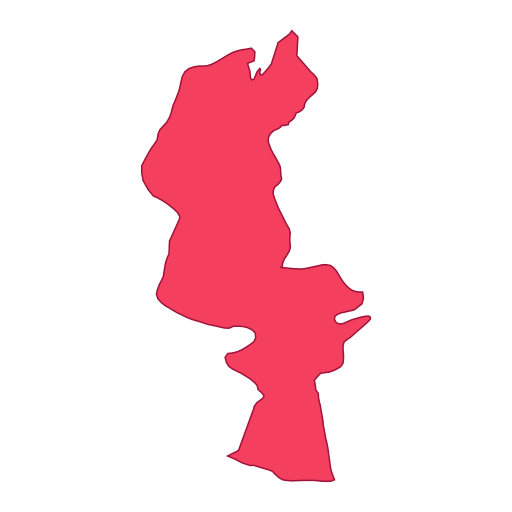 Kuhlan Afar, Hajjah, Yemen
{"feature_id": "15242507B42632084566957", "entity_name": "Kuhlan Afar", "entity_type": "district", "adm_level": 2, "iso_a3": "YEM", "parent_name": "Yemen", "parent_adm1": "Hajjah", "projection": "mercator", "projection_center": [43.707, 15.758], "detail": "fine", "context": "isolated", "style": "filled", "palette": "rose", "viewbox_px": 512, "rotation_deg": 0, "n_neighbors": 0, "source": "geoboundaries", "source_scale": "gbopen_adm2", "svg_char_len": 6020}
<svg xmlns="http://www.w3.org/2000/svg" viewBox="0 0 512 512"><path d="M146.1,157.3L144.1,161.1L141.7,165.7L141.7,172.6L143.0,180.4L148.2,189.7L153.4,196.0L154.3,196.4L157.7,197.9L162.0,200.3L166.4,203.1L170.4,206.1L171.5,207.1L174.0,209.1L177.4,212.4L179.7,216.3L179.9,217.5L178.9,220.3L169.5,241.1L169.0,253.9L167.6,256.9L167.0,258.2L165.9,261.8L165.6,262.8L164.8,267.2L164.0,271.8L163.3,276.6L161.3,280.8L159.1,285.0L157.4,289.8L157.0,291.4L156.4,294.2L157.9,298.8L161.4,302.7L165.1,305.6L169.3,308.0L173.2,310.4L177.1,312.7L181.8,314.9L182.6,315.3L186.2,317.1L186.6,317.3L191.0,319.1L195.5,320.5L200.4,321.9L204.9,323.4L209.4,324.8L210.3,324.8L224.4,328.0L229.1,328.2L233.2,326.3L238.0,326.2L242.8,326.5L247.5,327.6L251.8,329.7L255.2,332.9L255.5,335.7L255.8,337.4L254.0,341.6L250.4,344.4L245.8,347.4L241.7,349.9L237.1,351.8L232.4,353.0L227.8,353.5L225.3,357.1L225.1,357.4L226.4,362.5L228.8,366.3L232.7,369.1L236.8,371.2L241.3,373.3L242.4,374.0L245.7,376.1L249.9,378.7L253.8,381.9L257.0,385.1L258.1,389.6L262.0,393.0L264.0,395.9L263.2,397.9L256.5,403.0L255.5,404.6L254.0,406.8L254.0,407.9L238.5,450.5L229.0,455.3L227.6,456.0L230.7,457.3L234.5,458.9L238.4,460.9L242.4,463.0L246.1,464.2L250.1,465.5L254.2,465.4L258.3,466.8L268.6,469.8L272.4,471.3L275.1,474.2L277.5,476.3L278.9,477.6L282.7,479.8L286.2,480.4L286.6,480.4L291.0,480.8L295.3,480.7L299.6,480.5L304.0,480.4L308.3,480.4L312.9,480.3L317.3,480.7L321.6,481.2L326.1,481.3L330.2,481.2L330.9,481.2L334.5,479.8L334.4,479.6L333.0,475.9L331.6,472.1L330.6,468.3L330.0,464.1L329.5,460.1L328.8,455.5L328.3,451.3L327.7,447.3L326.8,442.7L325.9,439.2L325.7,438.3L325.0,434.2L324.2,430.0L323.4,425.7L323.0,421.6L322.4,417.6L321.6,413.3L320.9,409.5L320.8,408.9L320.3,405.6L319.5,402.5L319.4,402.2L319.2,401.5L318.5,397.3L318.3,393.4L315.8,389.9L315.3,385.1L314.3,380.3L317.8,376.2L320.0,373.9L320.7,373.2L324.9,372.7L329.2,372.1L333.2,370.7L337.1,368.9L340.6,366.7L343.0,363.3L343.5,359.1L343.5,354.8L343.1,350.5L343.0,346.5L343.9,342.3L344.6,341.6L347.1,339.5L350.4,337.3L353.5,334.6L357.0,331.4L360.3,328.6L363.8,325.5L368.9,320.9L370.3,319.1L370.3,317.1L370.1,317.0L368.8,316.1L365.7,316.2L360.7,317.2L351.1,320.0L344.4,323.0L341.5,323.9L338.2,323.6L336.6,322.7L336.1,322.4L334.6,319.8L334.6,318.3L334.6,316.8L336.9,314.7L340.5,313.0L346.1,311.8L349.1,311.1L353.9,310.0L355.3,309.1L356.4,308.2L358.6,306.5L362.0,303.8L363.5,298.2L362.6,292.0L359.8,292.1L355.8,291.6L351.5,290.1L348.3,287.5L345.5,284.8L345.1,284.3L342.9,281.5L340.6,278.1L339.6,276.3L338.4,274.3L336.4,271.0L333.7,267.8L330.5,265.5L326.3,264.7L324.1,264.7L322.2,264.8L317.6,265.9L312.5,267.0L308.4,267.9L303.8,268.8L299.9,269.0L299.1,269.0L295.8,268.8L293.9,268.7L291.3,268.5L281.1,267.4L281.8,266.8L282.2,266.1L282.5,265.0L282.5,264.1L282.6,263.6L282.7,263.0L282.9,262.6L283.1,261.8L283.4,261.6L283.6,260.7L283.9,260.2L284.0,259.7L284.3,259.1L284.4,258.7L284.7,258.3L285.0,258.0L285.2,257.6L285.6,257.3L285.8,256.8L286.3,256.2L286.6,255.8L286.7,255.4L286.9,255.0L287.2,254.5L287.4,254.1L287.8,253.6L288.1,253.3L288.3,252.7L288.6,252.3L289.0,251.7L289.2,250.9L289.4,250.5L289.7,250.0L289.8,249.6L289.9,249.0L290.1,248.6L290.1,248.1L290.3,247.5L290.3,247.0L290.3,246.3L290.3,245.8L290.2,245.0L290.2,244.2L290.0,243.3L290.0,242.6L289.9,242.0L289.8,241.3L289.8,240.8L289.8,239.9L289.8,239.5L289.8,239.4L289.8,238.8L289.8,238.3L289.9,237.7L289.9,237.0L289.9,236.4L289.9,235.9L289.9,235.3L290.0,234.8L290.1,234.1L290.2,233.7L290.3,233.4L290.1,232.1L289.2,228.8L285.8,222.9L281.8,214.8L278.4,208.1L278.3,207.8L277.6,206.1L276.4,203.2L274.5,198.2L273.2,194.1L273.3,190.6L274.8,186.9L278.0,184.3L279.4,182.8L280.6,181.2L281.6,178.9L281.4,177.8L281.1,176.8L281.0,176.0L280.7,172.5L280.7,172.1L280.7,171.5L280.7,171.0L280.6,170.6L280.5,169.9L280.5,169.0L280.5,168.1L280.3,167.6L280.2,167.0L280.0,166.2L279.8,165.8L279.6,165.3L279.5,164.8L279.2,164.4L278.8,163.5L278.7,163.2L278.5,162.9L278.1,162.2L277.6,161.3L277.4,160.9L277.1,160.6L276.9,159.9L276.6,159.5L276.3,158.9L276.0,158.3L275.5,157.5L275.2,156.9L274.9,156.3L274.5,155.8L274.0,155.0L273.8,154.6L273.6,154.2L273.1,153.4L272.8,153.0L272.7,152.7L272.4,152.0L272.1,151.7L271.9,151.1L271.6,150.6L271.3,149.9L271.1,149.5L270.9,149.1L270.6,148.8L270.6,148.4L270.4,147.8L270.1,146.9L269.7,146.1L269.6,145.8L269.4,145.5L269.3,144.9L269.0,144.3L268.9,143.8L268.6,142.9L268.5,142.1L268.4,141.7L268.4,140.8L268.3,140.0L268.3,139.5L268.3,138.8L268.4,138.3L268.5,137.7L268.8,137.1L268.9,136.6L269.2,136.0L269.4,135.6L269.8,134.9L270.0,134.6L270.2,134.2L270.3,134.0L270.7,133.5L271.1,133.1L271.7,132.5L272.0,132.2L272.4,131.9L272.8,131.5L273.1,131.2L273.7,130.8L274.1,130.5L274.5,130.3L275.2,130.0L276.0,129.6L276.3,129.5L276.8,129.2L277.2,129.1L277.9,128.8L278.9,128.2L279.0,128.1L279.4,128.0L279.8,127.6L280.5,127.2L280.7,126.7L281.0,126.4L281.2,126.0L281.8,125.8L282.8,125.2L283.9,125.5L284.9,125.5L285.9,125.0L288.1,124.8L288.6,123.6L288.6,122.3L289.9,121.6L291.5,120.4L293.0,119.1L294.2,117.7L294.3,117.6L295.8,114.0L296.4,112.8L298.8,112.1L301.0,110.7L302.4,109.6L303.4,108.2L304.2,107.0L304.4,105.2L305.2,102.7L306.5,100.6L308.2,98.4L309.6,97.2L312.2,94.9L313.4,93.9L314.4,92.9L315.6,91.8L316.1,90.8L316.5,89.8L317.2,88.6L317.3,88.6L317.8,84.3L317.6,83.0L317.0,78.5L314.5,75.3L311.0,72.0L296.8,55.7L297.3,47.4L297.9,36.9L297.6,36.6L291.8,30.7L289.7,33.9L278.1,42.6L271.4,63.8L268.4,67.9L265.4,71.5L262.0,75.0L260.9,75.1L260.0,73.5L259.7,72.4L260.6,69.4L259.7,68.5L257.6,71.2L256.9,72.1L254.1,79.0L252.0,79.9L250.6,78.4L249.9,71.4L247.5,63.4L254.1,60.8L254.7,56.3L254.8,51.7L251.3,48.2L246.5,49.1L241.6,49.8L237.2,50.9L232.8,52.4L228.6,54.6L227.4,55.3L224.5,57.1L220.4,59.6L216.2,62.0L211.9,64.2L207.5,65.7L202.8,66.1L198.3,66.1L193.1,67.1L188.7,68.7L184.8,71.9L183.4,74.5L182.3,76.5L181.1,81.4L180.0,86.5L178.9,91.0L177.0,95.9L175.2,100.6L173.3,104.8L172.0,109.3L170.9,113.9L169.1,118.2L166.5,122.5L160.8,128.7L160.0,129.6L158.2,133.7L157.1,139.9L154.2,144.3L151.5,148.0L149.1,152.0L146.5,156.6L146.1,157.3Z" fill="#f43f5e" stroke="#9f1239" stroke-width="1.5"/></svg>